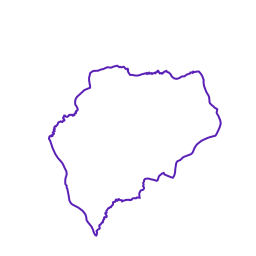 Khongxedone, Saravan, Laos (Albers equal-area conic projection), rotated 323°
{"feature_id": "54806243B74103700383879", "entity_name": "Khongxedone", "entity_type": "district", "adm_level": 2, "iso_a3": "LAO", "parent_name": "Laos", "parent_adm1": "Saravan", "projection": "albers", "projection_center": [105.743, 15.558], "detail": "fine", "context": "isolated", "style": "outline", "palette": "violet", "viewbox_px": 256, "rotation_deg": 323, "n_neighbors": 0, "source": "geoboundaries", "source_scale": "gbopen_adm2", "svg_char_len": 5630}
<svg xmlns="http://www.w3.org/2000/svg" viewBox="0 0 256 256"><g transform="rotate(323 128 128)"><path d="M157.6,74.1L156.9,71.8L153.6,70.3L151.0,69.7L147.9,67.0L146.5,66.6L143.9,66.1L141.0,64.8L138.6,64.3L137.3,63.3L134.8,61.7L132.9,61.3L130.5,61.5L129.3,62.8L127.3,64.3L125.7,66.4L123.8,69.9L123.4,71.0L122.0,73.0L115.8,71.4L115.0,71.6L106.4,72.4L104.2,73.0L102.2,74.5L100.7,76.4L100.3,77.0L100.0,77.8L99.9,79.8L99.5,82.0L99.3,82.5L99.0,82.7L98.7,83.2L98.2,83.5L97.8,83.5L97.4,83.2L97.2,83.2L96.9,83.5L96.0,83.6L95.7,83.8L95.7,84.6L95.4,84.8L94.8,84.8L94.3,84.5L93.8,84.5L93.5,84.7L92.9,85.4L92.4,85.4L92.1,85.2L91.9,84.7L91.7,84.7L91.6,84.9L91.3,84.9L91.2,84.8L91.2,84.6L91.5,84.3L91.5,84.1L90.8,83.4L90.0,83.1L89.8,82.7L89.5,82.5L88.8,82.2L88.5,82.2L87.6,82.7L87.1,82.5L86.3,82.6L85.7,82.2L85.5,81.6L85.0,81.1L85.0,80.0L84.7,79.8L84.2,80.5L83.9,80.4L83.9,80.2L83.7,80.1L83.1,80.5L82.5,80.7L82.4,81.4L82.0,81.5L81.9,81.7L82.0,82.2L81.9,82.5L82.1,83.3L81.9,83.6L81.6,83.7L81.3,83.7L80.3,83.3L79.8,83.4L79.4,83.7L79.2,83.7L78.8,83.2L78.5,83.0L78.5,82.7L78.3,82.3L78.0,82.4L77.3,82.0L76.3,81.7L75.2,81.8L74.3,82.6L73.6,82.9L72.4,83.0L72.2,83.0L71.7,83.4L71.2,83.3L70.9,82.8L70.7,82.7L70.2,82.8L69.9,83.2L69.1,83.5L68.7,83.9L68.6,84.1L69.0,84.3L69.0,84.6L68.9,84.8L67.9,84.8L67.4,84.9L67.4,85.4L67.6,86.0L67.5,86.3L66.8,86.2L66.4,86.4L65.6,86.2L65.2,86.3L65.1,86.5L65.1,86.9L65.6,87.3L65.4,88.0L64.1,88.0L63.0,88.9L62.8,88.9L62.7,88.7L62.7,87.9L62.5,87.7L62.3,87.7L61.9,88.3L61.6,88.4L61.2,87.7L60.6,87.5L60.3,87.5L59.9,87.7L59.6,88.0L59.2,88.3L58.4,89.0L58.2,91.1L57.2,94.3L55.6,99.0L54.3,105.0L54.0,109.4L54.0,110.6L54.4,115.0L54.3,117.6L53.5,121.1L52.7,125.5L52.1,126.6L51.1,128.2L48.0,130.4L46.9,131.5L46.1,132.4L44.3,134.9L44.2,136.4L44.3,137.2L43.0,138.9L42.9,140.2L41.9,142.2L39.6,146.9L37.7,150.4L37.3,152.1L37.2,154.2L37.6,155.8L40.4,161.6L41.9,166.7L42.0,168.8L42.0,171.3L40.8,174.6L39.7,176.1L39.4,177.3L39.3,179.7L39.4,181.7L39.5,185.3L38.6,188.9L38.2,189.7L37.4,193.2L37.8,194.7L38.4,194.6L39.7,193.6L40.4,192.8L40.7,192.2L40.8,191.4L42.1,191.1L43.4,191.1L44.5,191.3L45.0,191.1L45.3,190.8L45.6,190.4L45.7,189.7L45.8,189.4L46.4,188.6L46.7,188.4L47.2,188.4L47.7,188.6L48.0,188.6L48.5,188.3L49.5,188.2L50.0,187.8L50.3,187.8L50.9,188.2L51.3,188.1L52.0,187.6L52.3,186.9L52.8,186.6L53.1,186.5L54.1,186.5L54.3,186.3L54.4,185.7L55.1,185.1L55.7,185.1L56.8,186.1L57.3,186.1L57.7,185.9L58.3,184.8L58.1,184.0L58.1,183.7L58.4,182.7L58.7,182.4L59.1,182.8L59.7,182.8L60.1,182.6L60.3,182.3L60.5,181.5L61.1,181.1L61.7,180.9L62.9,180.7L63.7,180.2L64.1,180.2L65.1,180.7L65.5,180.6L66.1,180.4L66.5,180.4L66.9,180.9L68.7,180.2L69.8,180.2L70.4,179.7L71.0,178.6L71.4,178.3L71.9,178.4L72.5,178.7L73.0,179.1L73.3,179.1L73.7,179.0L74.6,178.2L75.0,178.2L75.3,178.0L75.6,178.2L75.4,179.4L75.7,179.7L76.0,179.7L76.8,179.4L77.1,179.1L77.8,179.2L78.0,179.5L77.8,180.1L78.2,180.8L79.5,181.8L79.5,182.2L79.1,182.9L79.1,183.1L80.3,183.2L80.9,183.4L81.6,183.8L82.1,183.9L82.6,183.9L83.3,184.5L83.8,184.6L84.1,184.9L85.0,185.4L85.2,185.6L85.6,186.4L85.7,186.5L86.3,186.5L86.5,186.9L87.1,187.3L88.0,187.4L88.5,187.1L89.4,187.1L89.9,187.3L92.0,188.9L92.4,189.0L92.7,189.0L93.1,188.8L93.4,189.0L94.0,189.5L94.6,189.9L95.3,190.7L96.9,188.0L97.6,187.1L99.0,186.2L100.5,185.6L101.1,185.7L102.7,186.4L103.6,186.3L104.3,185.9L104.8,185.4L105.1,184.5L105.0,183.8L105.1,183.6L105.2,183.3L106.4,182.6L106.6,182.3L106.8,181.5L107.1,181.0L108.5,180.4L109.4,179.4L110.1,179.1L110.9,179.0L111.9,179.4L113.4,180.3L114.4,181.3L115.7,183.1L117.1,184.6L119.2,187.5L119.6,187.6L120.4,187.4L123.2,185.5L124.4,185.0L128.1,184.9L129.5,185.4L129.1,186.7L129.4,187.5L133.1,193.8L134.0,194.7L135.1,194.3L136.3,193.8L138.4,192.2L139.5,191.1L140.7,189.6L145.0,185.4L146.3,184.6L147.5,184.3L150.4,185.0L152.0,184.9L153.7,184.6L154.9,184.6L162.5,186.8L164.1,186.7L165.4,186.2L169.3,183.9L172.0,182.9L173.1,182.6L178.6,182.4L181.0,182.8L186.2,184.0L190.2,185.5L192.9,186.7L193.6,186.7L195.7,185.8L199.1,184.0L201.8,182.5L204.9,180.1L206.3,177.3L207.6,172.1L207.6,170.9L207.9,169.2L210.6,166.7L209.4,163.8L209.3,162.5L208.7,160.2L208.4,158.4L208.4,157.4L208.6,156.6L211.1,152.6L211.7,151.1L212.3,146.1L214.0,140.3L215.6,137.3L217.4,135.0L218.4,131.8L218.7,129.9L218.8,128.4L218.6,125.6L217.0,124.4L215.0,123.5L214.5,123.2L214.2,122.3L214.0,122.2L213.8,122.2L213.1,122.9L212.8,123.0L212.4,122.0L212.2,121.8L211.7,121.7L211.2,121.3L210.7,121.7L210.4,121.8L207.5,120.8L205.5,120.6L204.3,120.8L203.0,119.8L201.3,119.1L199.0,119.0L196.5,118.1L194.6,116.0L194.1,113.9L194.0,112.3L194.4,110.9L194.0,108.3L193.8,108.2L193.6,107.7L193.0,106.9L192.9,106.2L193.1,105.8L193.0,105.4L192.6,105.3L191.6,105.2L190.7,104.8L190.2,105.0L189.9,105.0L189.6,105.2L189.0,105.0L188.8,104.8L188.6,104.8L188.2,105.1L187.8,105.1L187.6,104.1L187.2,103.8L186.9,103.8L186.4,103.7L186.2,103.5L186.1,103.2L186.3,102.9L186.3,102.1L186.4,101.7L186.5,101.0L186.6,100.6L186.4,100.3L186.1,100.4L185.6,100.9L185.1,100.3L184.9,100.3L184.6,100.6L184.1,100.4L183.8,100.4L183.6,100.6L183.1,100.5L182.8,100.7L182.3,99.8L181.7,99.9L180.9,99.3L179.7,99.3L179.6,98.6L179.7,98.2L179.4,98.0L178.5,97.9L178.1,97.6L178.1,96.4L177.8,96.4L177.6,97.1L176.7,96.8L176.5,96.7L176.4,95.8L176.0,95.7L175.5,96.0L175.4,95.9L175.6,95.4L175.2,95.4L175.0,94.9L170.5,93.1L169.2,92.8L166.7,91.6L164.8,89.9L164.4,89.3L163.1,87.9L162.2,87.4L161.8,87.0L161.6,86.3L161.6,85.7L161.8,85.0L161.7,84.5L161.9,83.5L162.0,82.8L162.6,82.2L162.5,81.6L162.7,81.2L163.4,81.0L163.4,80.6L163.3,80.4L162.1,79.7L161.7,79.3L161.6,77.0L161.3,76.4L160.7,76.1L159.3,75.7L158.9,75.2L158.7,74.6L157.7,74.2L157.6,74.1Z" fill="none" stroke="#5b21b6" stroke-width="2"/></g></svg>